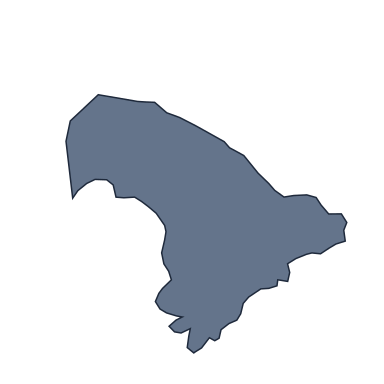 outline of Sanida, Limassol, Cyprus, rotated 141°
{"feature_id": "46923920B87246045221167", "entity_name": "Sanida", "entity_type": "district", "adm_level": 2, "iso_a3": "CYP", "parent_name": "Cyprus", "parent_adm1": "Limassol", "projection": "robinson", "projection_center": [33.193, 34.798], "detail": "fine", "context": "isolated", "style": "filled", "palette": "slate", "viewbox_px": 384, "rotation_deg": 141, "n_neighbors": 0, "source": "geoboundaries", "source_scale": "gbopen_adm2", "svg_char_len": 1196}
<svg xmlns="http://www.w3.org/2000/svg" viewBox="0 0 384 384"><g transform="rotate(141 192 192)"><path d="M185.0,65.6L180.6,69.8L173.9,62.3L166.7,68.0L162.9,76.1L153.2,74.9L142.8,71.7L142.6,71.7L137.2,69.2L131.0,63.1L120.6,62.1L112.9,61.0L103.8,57.4L98.1,66.8L90.9,70.9L89.7,81.0L99.6,88.9L99.9,100.7L99.0,109.6L104.6,117.5L115.1,125.2L123.7,130.2L126.7,141.2L127.0,150.3L128.8,165.1L128.8,176.6L128.8,187.8L129.1,188.5L135.0,202.8L135.3,210.8L147.3,240.8L154.7,257.6L161.8,269.5L164.6,285.2L171.9,291.6L177.4,296.7L202.6,325.4L203.6,326.6L240.6,323.9L241.9,323.8L258.0,310.7L288.6,262.3L279.8,264.9L268.4,264.9L259.4,262.8L250.6,255.2L248.8,247.1L254.3,235.8L248.6,230.4L239.8,224.1L237.2,216.5L235.2,208.4L233.2,198.0L234.3,183.2L237.2,177.5L243.5,171.9L253.9,163.8L259.1,153.8L260.0,145.1L263.3,136.7L275.6,135.6L281.5,134.1L289.4,129.9L290.5,121.2L287.9,114.1L282.0,105.4L278.2,101.0L285.0,102.5L294.3,102.1L293.6,94.3L289.2,89.3L279.3,86.9L285.3,81.9L293.6,74.1L291.9,65.8L289.9,65.7L282.7,64.8L270.2,67.8L267.9,62.1L263.0,61.3L256.1,66.7L246.1,66.5L237.8,64.2L230.8,66.7L222.3,73.2L214.0,74.7L199.5,73.4L193.0,68.8L185.0,65.6Z" fill="#64748b" stroke="#1e293b" stroke-width="1.5"/></g></svg>